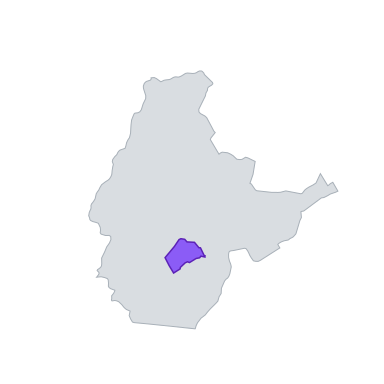 Bor South, Jonglei, South Sudan (highlighted), rotated 59°
{"feature_id": "79223893B93297305003737", "entity_name": "Bor South", "entity_type": "district", "adm_level": 2, "iso_a3": "SSD", "parent_name": "South Sudan", "parent_adm1": "Jonglei", "projection": "equal_earth", "projection_center": [32.094, 6.474], "detail": "fine", "context": "in_parent", "style": "filled", "palette": "violet", "viewbox_px": 384, "rotation_deg": 59, "n_neighbors": 0, "source": "geoboundaries", "source_scale": "gbopen_adm2", "svg_char_len": 4022}
<svg xmlns="http://www.w3.org/2000/svg" viewBox="0 0 384 384"><g transform="rotate(59 192 192)"><path d="M283.2,296.6L274.5,308.4L273.9,309.1L272.8,310.0L269.3,310.0L265.6,309.5L262.2,306.4L258.8,308.8L256.7,309.5L255.4,309.8L252.3,310.2L248.1,311.4L246.1,313.0L245.1,314.3L244.2,316.6L243.8,316.8L243.0,316.6L241.9,315.6L239.6,314.3L238.5,311.4L237.4,309.6L236.5,308.7L232.9,311.6L231.1,312.3L229.7,312.2L227.1,310.5L224.2,309.1L222.7,309.1L220.4,310.9L217.9,313.5L216.6,316.1L215.9,317.7L215.0,315.3L214.2,313.8L212.9,313.2L210.5,313.8L209.9,313.0L209.8,311.0L209.5,309.1L208.8,307.7L207.0,306.3L202.1,303.5L198.4,297.8L196.5,295.2L195.2,293.5L193.2,289.0L191.0,286.0L188.3,284.6L186.6,285.3L184.8,288.5L181.3,291.6L179.7,291.7L177.7,290.1L175.2,288.9L170.6,288.4L168.8,289.8L166.3,292.2L164.2,293.6L162.9,293.7L161.7,293.2L160.3,292.9L159.2,292.8L156.7,290.7L155.5,289.1L154.6,287.6L153.3,286.5L151.7,285.7L150.5,284.3L149.9,282.6L149.0,280.5L147.9,278.5L144.2,275.0L143.1,272.9L142.3,270.9L140.8,268.7L139.2,265.7L138.7,261.3L138.6,257.8L138.3,256.2L137.6,254.6L136.8,253.2L135.5,251.6L132.5,249.4L129.4,246.8L127.9,245.2L125.0,244.7L123.3,243.2L121.9,239.9L121.3,237.3L119.9,235.2L119.3,233.8L119.0,232.0L120.1,226.9L118.5,225.0L116.0,222.6L114.3,220.0L113.2,217.6L110.1,214.5L103.2,209.8L99.2,206.7L97.1,204.0L95.2,201.4L95.0,200.3L96.2,197.6L96.4,195.5L95.4,193.1L91.3,188.5L88.1,183.6L85.6,182.0L79.6,180.6L77.9,180.1L76.1,179.1L74.3,176.9L73.7,174.3L74.7,170.0L74.1,168.7L73.1,168.4L73.4,167.5L74.5,165.4L76.4,164.1L81.4,162.0L81.6,161.2L81.8,158.6L82.2,157.3L83.9,153.6L84.2,152.2L84.2,149.0L84.5,147.6L85.0,146.5L86.4,144.7L86.8,143.6L87.1,141.2L87.0,136.5L87.7,134.6L90.8,130.3L91.7,128.4L92.0,126.7L91.9,125.0L92.1,123.3L93.1,121.6L93.9,121.1L96.2,120.6L97.7,120.9L108.7,118.0L110.0,118.4L110.5,120.1L110.5,122.9L110.6,124.2L111.2,125.2L112.9,126.5L114.1,128.7L114.8,129.5L116.5,131.0L124.6,143.6L126.9,144.8L129.1,144.4L133.5,141.8L135.8,141.1L151.2,141.9L153.0,141.5L155.4,147.9L156.5,149.3L173.5,149.4L173.2,147.6L173.4,145.6L176.4,141.7L176.8,141.2L179.5,139.4L182.0,138.1L187.0,136.7L188.8,134.4L189.8,132.3L189.8,128.2L190.5,127.5L191.6,126.5L197.3,122.8L198.3,122.1L208.3,130.6L214.0,137.4L214.3,137.7L214.6,137.9L214.9,137.6L215.2,137.3L215.8,137.0L218.3,136.9L222.8,136.6L224.3,135.8L233.5,123.7L235.8,119.8L236.4,119.0L237.8,116.3L239.2,111.6L239.4,111.0L249.5,99.7L249.8,98.8L249.9,98.1L248.4,94.3L248.1,92.3L248.0,89.4L248.3,84.7L248.2,81.8L248.1,81.0L248.0,80.8L242.4,72.5L256.5,72.4L256.5,71.4L256.5,71.1L256.2,70.1L256.1,68.7L256.1,68.0L256.2,67.3L256.2,66.9L256.1,66.6L256.2,66.3L266.4,66.5L266.2,68.8L265.0,74.4L265.0,77.7L264.7,81.5L264.4,82.6L263.9,83.5L263.7,84.0L263.7,84.4L265.8,105.6L265.7,106.5L265.1,107.9L265.0,108.3L264.9,108.6L265.2,108.9L269.9,111.2L270.1,111.3L270.3,111.5L272.0,114.2L281.2,124.3L281.5,124.8L282.5,128.0L282.6,128.5L282.6,129.2L282.6,129.8L282.4,131.7L282.4,132.6L282.6,133.1L282.7,133.8L282.7,134.0L282.6,134.5L281.3,138.1L280.8,140.7L280.7,142.9L280.8,144.2L281.0,145.0L281.1,145.4L281.2,145.5L285.2,145.5L285.2,146.7L285.7,165.9L285.8,168.1L285.6,170.8L285.1,171.8L284.0,173.4L282.6,174.8L279.0,175.1L276.0,175.1L273.9,174.8L271.0,174.6L268.2,174.9L267.2,176.1L263.6,186.4L262.5,188.9L262.2,190.4L262.6,191.3L264.0,192.6L267.1,194.4L270.6,195.5L273.3,195.9L275.1,196.4L276.5,197.0L281.6,201.7L283.2,203.8L284.1,205.7L284.3,207.8L285.0,209.8L289.6,216.3L294.0,219.3L295.7,222.7L297.3,224.4L298.9,226.1L299.7,228.8L301.6,236.5L302.9,240.6L304.2,243.9L304.8,249.3L305.8,251.7L306.9,254.6L308.7,257.3L310.6,259.3L310.9,259.8L291.9,285.0L283.2,296.6Z" fill="#d9dde1" stroke="#a8b0b8" stroke-width="1"/><path d="M243.3,249.5L252.0,249.5L251.8,241.8L250.6,240.8L249.2,234.3L249.5,231.8L251.2,230.5L251.1,222.7L252.3,219.4L251.6,217.4L254.4,214.4L253.3,213.7L252.9,214.3L244.2,213.5L243.3,214.8L236.4,215.8L232.2,222.0L228.8,222.6L226.3,225.6L226.1,227.6L227.5,230.6L229.6,235.1L234.4,248.9L243.3,249.5Z" fill="#8b5cf6" stroke="#5b21b6" stroke-width="1.5"/></g></svg>